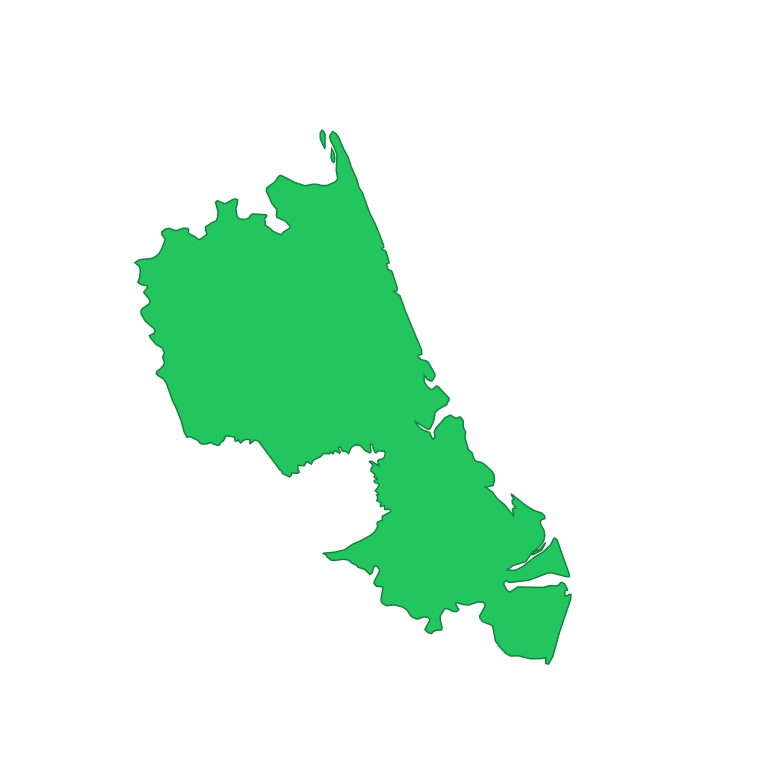 outline of Chinde, Zambezia, Mozambique, rotated 298°
{"feature_id": "85939544B82585183947830", "entity_name": "Chinde", "entity_type": "district", "adm_level": 2, "iso_a3": "MOZ", "parent_name": "Mozambique", "parent_adm1": "Zambezia", "projection": "natural_earth1", "projection_center": [36.399, -18.468], "detail": "fine", "context": "isolated", "style": "filled", "palette": "green", "viewbox_px": 768, "rotation_deg": 298, "n_neighbors": 0, "source": "geoboundaries", "source_scale": "gbopen_adm2", "svg_char_len": 6174}
<svg xmlns="http://www.w3.org/2000/svg" viewBox="0 0 768 768"><g transform="rotate(298 384 384)"><path d="M499.3,189.4L490.8,200.3L487.9,207.0L486.4,208.3L482.1,209.9L480.8,211.4L481.5,220.4L479.4,226.4L478.5,227.3L476.8,227.3L471.0,223.9L467.2,223.0L466.7,214.2L468.0,209.9L468.4,204.7L471.0,203.6L473.2,201.1L477.5,201.7L478.0,200.2L472.4,188.0L470.5,187.0L467.3,186.8L464.0,184.1L462.0,179.2L462.2,177.2L463.2,175.4L470.0,170.4L471.9,170.5L477.7,168.4L478.1,167.2L476.6,164.4L469.0,159.4L468.3,158.0L467.6,150.6L465.2,150.1L458.2,156.6L453.8,158.6L449.4,159.4L445.8,156.4L439.0,152.7L436.5,153.9L433.3,157.4L427.7,155.0L424.9,153.1L424.4,151.8L425.3,147.8L425.2,141.1L426.0,140.0L428.9,138.9L429.2,137.6L427.5,133.8L422.1,128.8L420.9,125.2L421.0,122.0L418.3,118.3L414.0,116.3L411.4,118.0L409.1,123.0L398.9,124.3L393.4,124.1L389.0,122.3L385.8,120.0L379.0,109.8L374.2,107.0L373.1,112.4L370.6,115.1L363.7,118.2L358.1,119.0L357.8,123.5L359.6,128.9L358.9,129.5L355.4,129.7L353.4,128.7L351.8,129.2L349.0,136.4L347.0,138.7L344.1,138.9L338.2,135.7L335.1,134.9L331.8,136.7L327.4,143.9L324.9,155.1L323.0,157.0L321.2,157.2L316.5,154.2L315.1,156.2L312.0,164.0L311.7,171.1L308.4,175.6L305.4,175.6L303.0,176.5L300.5,179.5L298.4,180.6L292.6,179.6L288.7,177.6L286.2,178.0L285.3,180.6L285.0,186.6L282.8,191.2L269.5,205.7L265.6,211.3L256.3,222.2L247.9,230.0L244.4,234.9L246.4,237.4L246.6,239.3L246.8,246.0L245.5,249.3L245.5,251.5L247.8,255.4L251.2,258.8L250.9,261.1L251.7,266.3L253.1,267.3L255.9,267.3L258.4,268.9L264.2,268.9L267.0,277.0L263.7,279.5L264.7,281.0L266.3,281.3L264.5,285.0L268.7,286.6L270.8,288.9L271.8,292.1L268.7,293.2L268.6,294.0L273.7,296.1L274.3,297.4L274.5,300.2L259.2,332.5L258.9,334.6L257.3,336.4L257.6,344.1L259.5,345.0L262.2,344.5L264.7,349.7L266.3,350.6L268.6,347.9L271.8,346.2L274.3,351.9L278.7,352.0L279.3,353.8L279.1,357.4L283.5,357.3L290.1,362.1L294.5,363.4L296.5,368.3L298.8,368.7L298.3,371.6L299.1,372.1L301.1,371.1L302.0,372.3L302.0,377.3L303.3,377.5L305.2,374.7L306.9,373.6L307.7,375.9L305.8,377.6L305.3,379.0L306.6,381.9L305.9,385.3L312.8,384.9L316.5,387.1L318.2,390.5L318.6,392.4L316.3,398.6L316.6,404.0L318.1,404.3L323.9,400.3L324.8,401.2L324.8,402.5L321.4,405.2L319.2,408.6L319.5,409.4L322.5,410.2L323.9,414.7L325.0,415.9L323.5,417.7L319.3,418.7L316.5,417.3L314.7,414.9L313.1,414.5L309.4,417.9L310.0,409.8L309.2,407.9L308.4,407.7L307.4,412.2L306.3,412.7L303.6,412.2L301.1,413.2L299.8,418.6L297.0,419.1L297.3,422.5L296.9,422.8L294.4,420.8L293.2,421.2L292.6,422.1L293.4,424.8L292.8,426.7L289.8,427.3L285.7,426.3L284.3,431.1L282.5,429.6L280.8,432.0L277.6,432.4L277.7,437.3L274.9,437.7L274.1,438.7L275.8,440.0L276.5,441.7L273.7,443.3L273.6,444.2L276.2,447.6L275.2,449.3L274.0,449.6L266.6,444.6L262.9,446.4L259.1,443.1L257.9,443.1L255.3,445.2L250.0,445.4L244.2,443.3L233.8,436.4L228.2,431.8L218.9,426.9L212.6,419.7L205.7,409.4L206.0,412.6L204.6,415.0L203.6,420.0L205.0,423.2L210.4,430.7L211.8,435.3L210.8,439.8L211.2,444.3L210.0,447.1L211.3,454.4L209.1,460.7L211.2,462.1L218.6,460.9L219.8,462.8L218.4,466.8L216.2,467.9L205.6,468.1L203.1,468.8L201.8,472.2L203.9,477.0L203.9,478.7L193.2,482.1L190.6,483.7L189.5,485.7L189.4,490.2L193.9,497.0L195.9,505.5L195.1,510.5L191.5,517.3L191.6,522.3L192.7,524.7L197.3,528.7L198.5,532.4L197.9,534.5L196.7,535.3L186.5,535.4L185.2,539.1L185.4,541.4L186.0,543.2L188.1,543.6L191.0,545.5L193.7,550.1L194.6,550.2L196.3,549.6L202.6,544.0L206.0,542.5L214.0,543.1L215.4,545.7L215.8,552.4L217.2,555.1L219.9,556.0L223.3,550.4L224.9,550.3L226.6,557.9L228.6,562.5L235.9,569.6L237.8,574.1L236.9,576.4L235.0,577.5L224.2,577.4L222.3,578.5L220.4,583.1L221.5,591.2L221.3,593.6L209.3,603.2L206.2,609.4L203.3,618.0L203.2,623.4L207.2,630.5L210.0,642.0L215.3,651.7L218.2,655.4L213.1,658.0L214.0,660.7L222.5,661.0L248.2,655.3L281.3,649.9L285.9,648.0L285.5,646.4L282.9,645.1L281.7,643.3L285.7,641.1L287.0,641.3L288.0,642.8L288.9,642.3L292.3,637.4L292.3,634.2L291.7,633.3L288.0,632.4L286.6,630.9L283.7,624.8L279.1,620.1L267.6,597.3L259.3,593.0L259.7,589.2L263.5,583.4L267.7,583.6L267.4,586.6L268.2,588.8L278.9,604.2L293.9,617.3L296.1,621.0L299.4,635.0L300.9,638.1L302.9,637.0L327.5,610.1L328.2,607.5L327.5,606.4L320.3,606.6L310.8,603.5L301.5,598.0L288.1,592.3L281.0,587.4L277.5,580.1L284.2,583.1L293.8,592.6L305.4,594.1L311.0,596.8L317.5,598.5L320.8,598.6L325.8,597.1L330.0,593.9L332.9,589.1L335.5,586.8L338.0,586.7L340.7,589.2L343.0,587.7L344.1,583.6L342.8,576.0L343.1,567.2L346.6,548.5L345.8,548.6L343.2,552.9L341.6,551.7L339.2,553.1L336.3,558.4L335.0,556.5L333.5,556.3L328.1,560.9L334.2,546.5L335.7,538.0L339.5,530.7L340.5,522.1L345.7,528.1L351.4,526.4L355.6,523.6L357.6,520.4L360.2,510.5L360.5,507.4L358.9,500.8L362.0,496.4L364.4,494.5L365.9,489.0L374.7,480.6L379.7,478.7L383.2,474.3L388.7,471.3L390.7,467.4L390.3,466.0L387.4,464.0L387.7,457.3L383.1,453.8L369.3,450.6L365.0,451.0L360.5,454.3L358.1,452.7L362.7,446.9L361.7,439.2L362.8,434.2L364.4,430.5L365.4,429.3L364.6,441.7L364.8,444.3L365.7,445.7L374.9,445.2L383.0,442.5L387.3,444.0L395.1,449.1L398.2,448.6L399.6,449.2L402.0,448.0L407.2,432.8L406.8,431.1L402.4,429.6L401.1,428.1L402.0,423.5L404.2,419.4L406.5,417.4L410.5,415.6L408.3,420.5L408.7,424.2L410.0,425.2L415.1,425.2L416.8,424.2L424.0,412.7L424.2,410.2L422.8,404.9L424.5,400.9L425.5,400.9L428.0,403.4L431.7,401.1L458.9,368.1L469.4,356.7L470.3,349.3L472.6,351.8L475.5,350.2L486.4,339.0L487.3,337.4L487.0,333.8L489.1,331.5L491.7,330.0L493.4,331.7L501.6,324.0L502.4,322.2L501.6,319.8L502.0,318.6L504.3,319.5L505.7,319.1L514.1,309.6L521.6,300.6L528.1,291.2L542.8,275.1L545.6,269.9L552.0,263.8L561.0,252.4L567.8,245.3L572.1,238.6L580.7,227.8L582.6,223.7L582.8,220.2L577.2,219.7L573.4,223.1L569.6,228.8L564.3,234.9L550.2,241.5L544.1,246.3L542.0,246.7L539.4,246.0L532.6,240.6L530.2,236.3L528.6,230.4L527.2,227.7L521.9,221.1L520.1,210.9L519.9,195.9L519.4,194.5L517.9,193.5L511.0,192.7L502.0,188.4L499.3,189.4ZM563.7,221.5L576.6,214.9L578.8,212.0L579.1,210.0L575.5,209.9L570.6,212.6L563.7,221.5ZM567.1,227.5L559.2,230.8L556.8,233.2L555.8,235.4L557.3,235.8L560.6,234.4L564.0,231.9L567.1,227.5ZM320.0,601.2L310.8,599.1L306.9,595.5L303.0,594.9L303.7,596.1L311.4,601.2L320.0,601.2Z" fill="#22c55e" stroke="#15803d" stroke-width="1.5"/></g></svg>